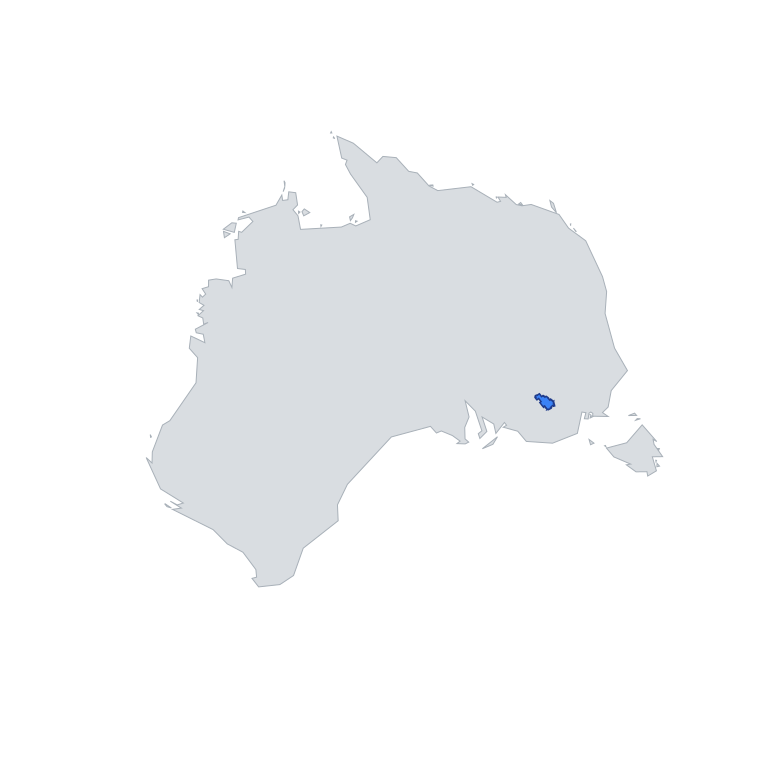 location of Buloke, Victoria, Australia, rotated 323°
{"feature_id": "25037944B21796127243371", "entity_name": "Buloke", "entity_type": "district", "adm_level": 2, "iso_a3": "AUS", "parent_name": "Australia", "parent_adm1": "Victoria", "projection": "mercator", "projection_center": [143.17, -35.846], "detail": "fine", "context": "in_parent", "style": "filled", "palette": "blue", "viewbox_px": 768, "rotation_deg": 323, "n_neighbors": 0, "source": "geoboundaries", "source_scale": "gbopen_adm2", "svg_char_len": 5955}
<svg xmlns="http://www.w3.org/2000/svg" viewBox="0 0 768 768"><g transform="rotate(323 384 384)"><path d="M504.4,173.2L511.4,203.1L520.1,201.6L530.0,210.6L531.7,229.0L537.6,235.5L539.1,252.8L543.3,261.9L572.2,278.8L583.7,306.9L587.0,308.3L587.6,303.3L593.9,308.5L594.9,305.9L597.6,320.3L601.4,324.7L609.6,329.2L625.8,353.9L625.2,370.6L631.3,391.0L623.1,429.8L617.4,444.2L603.0,460.7L589.7,494.1L586.5,519.8L561.5,526.0L549.1,537.3L541.3,538.3L543.5,544.9L531.3,535.3L533.1,533.1L532.3,530.8L530.1,530.7L526.0,534.8L523.1,532.3L528.0,528.4L525.2,525.5L508.7,539.8L483.0,532.7L463.1,515.5L462.4,502.2L453.2,490.3L457.1,490.7L457.0,487.2L443.6,490.8L447.6,482.0L442.5,469.4L437.6,483.8L427.8,485.2L429.4,480.4L434.0,480.3L440.6,460.7L438.7,446.2L432.1,461.5L422.3,467.3L415.7,476.6L416.7,481.4L412.8,480.7L406.4,475.5L410.4,475.4L407.6,466.3L401.5,456.0L396.4,454.7L395.6,445.8L358.0,430.7L294.4,442.1L274.1,452.5L265.1,465.6L220.7,466.5L196.5,482.5L180.1,481.5L161.8,470.6L161.6,459.8L166.0,461.6L170.0,455.1L170.1,433.5L162.6,417.4L159.9,397.5L139.6,356.8L147.5,361.2L142.8,349.0L146.1,356.1L152.1,358.3L142.4,333.3L149.8,299.6L151.2,307.5L158.1,298.8L182.4,283.5L190.9,284.4L234.6,269.9L251.0,250.8L250.0,238.3L258.6,229.4L265.8,243.2L269.6,235.5L264.9,230.1L266.3,226.7L280.5,229.0L276.0,227.7L279.0,222.2L276.5,217.5L284.0,216.8L281.3,213.3L287.6,212.8L285.4,207.7L290.9,201.9L291.3,205.4L295.7,204.9L296.1,198.4L302.4,200.7L306.4,195.5L313.2,199.1L322.2,208.1L320.6,215.4L326.8,208.4L339.6,213.0L342.2,209.1L336.5,203.6L351.7,179.1L354.6,180.7L359.8,174.6L361.6,177.2L377.1,175.3L376.6,169.4L366.2,165.1L367.9,163.6L405.3,176.2L416.1,171.6L413.5,176.4L418.1,179.0L423.6,173.2L428.6,178.1L422.7,189.0L416.2,190.0L416.5,197.9L410.4,210.3L444.4,233.0L453.7,235.3L456.6,240.8L471.9,244.5L482.9,224.8L483.6,196.2L485.3,185.5L489.2,183.0L486.2,178.1L495.6,157.7L504.4,173.2ZM523.1,569.1L542.5,577.0L565.6,572.0L567.2,594.1L565.6,590.1L563.3,594.8L562.8,609.7L554.5,603.6L549.3,617.3L539.2,616.2L541.2,612.3L532.4,605.8L528.9,594.4L532.8,596.4L523.7,580.6L523.1,569.1ZM348.8,163.7L359.5,163.7L362.8,166.7L355.7,172.8L348.8,163.7ZM423.6,494.9L442.9,494.4L434.7,497.7L423.6,494.9ZM425.7,196.2L427.9,202.4L421.1,201.4L422.2,197.0L425.7,196.2ZM624.8,351.0L624.3,343.5L626.9,337.3L628.1,341.7L624.8,351.0ZM560.2,556.3L566.6,558.1L566.8,561.1L560.2,556.3ZM347.7,165.5L351.5,171.5L344.6,171.1L347.7,165.5ZM516.1,557.6L512.4,556.8L514.4,551.7L516.1,557.6ZM462.0,230.4L458.8,232.3L455.5,233.3L457.1,229.8L462.0,230.4ZM139.6,355.1L136.9,351.4L136.7,348.1L137.1,347.9L139.6,355.1ZM565.4,564.0L567.9,566.1L563.1,564.4L565.4,564.0ZM599.9,321.3L602.4,321.3L602.4,324.6L599.9,321.3ZM539.9,252.5L542.8,254.4L542.3,255.5L539.9,252.5ZM554.3,611.7L554.6,615.4L552.1,614.3L554.3,611.7ZM629.1,373.5L629.3,377.7L629.0,377.6L629.1,373.5ZM376.1,163.4L374.3,161.8L375.4,160.9L376.1,163.4ZM426.1,163.7L423.5,166.8L426.5,161.5L426.1,163.7ZM629.5,368.5L628.3,369.9L629.1,368.4L629.5,368.5ZM430.0,219.6L428.5,220.2L429.3,218.8L430.0,219.6ZM420.4,196.1L418.5,196.4L419.7,194.5L420.4,196.1ZM166.9,283.7L166.4,286.3L165.5,286.1L166.9,283.7ZM492.4,156.3L492.4,158.4L491.6,156.9L492.4,156.3ZM530.1,532.0L530.6,533.6L529.9,533.1L530.1,532.0ZM422.8,167.6L419.2,169.7L422.9,167.1L422.8,167.6ZM285.7,204.7L284.4,206.1L285.2,204.4L285.7,204.7ZM555.7,609.0L554.4,609.8L555.1,608.4L555.7,609.0ZM460.5,237.8L458.5,237.7L459.5,236.5L460.5,237.8ZM278.5,215.8L277.5,216.6L277.4,214.6L278.5,215.8ZM565.1,601.3L563.4,602.3L563.9,600.3L565.1,601.3ZM493.7,150.7L493.4,152.1L492.4,151.4L493.7,150.7ZM529.2,534.1L530.8,535.7L528.1,535.2L529.2,534.1ZM575.7,278.6L574.4,278.7L574.9,277.0L575.7,278.6ZM586.4,303.1L585.7,303.1L586.3,301.7L586.4,303.1ZM523.9,566.4L523.5,567.7L523.0,566.1L523.9,566.4Z" fill="#d9dde1" stroke="#a8b0b8" stroke-width="1"/><path d="M496.5,486.1L496.5,487.4L496.6,488.7L498.8,488.7L498.8,489.5L498.8,490.0L498.8,490.7L498.8,491.8L498.8,492.6L497.3,492.6L497.3,494.6L497.3,494.8L497.3,495.6L497.3,496.5L497.4,498.4L497.7,498.4L497.7,498.5L498.3,498.0L498.6,498.1L498.9,498.1L498.9,498.4L498.9,498.8L499.1,498.8L499.1,499.0L499.0,499.3L498.9,499.3L498.9,499.7L498.9,500.0L498.8,500.5L499.1,500.6L499.0,500.8L498.9,500.8L498.9,501.0L498.9,502.2L499.0,502.2L499.1,502.5L498.9,502.6L499.3,502.7L499.7,502.7L499.7,503.2L500.0,503.2L500.0,503.5L502.4,503.9L502.4,503.7L502.8,503.8L502.8,503.6L502.7,503.3L503.0,503.3L503.8,503.4L503.9,502.8L504.0,502.8L505.1,502.7L505.3,502.7L505.7,502.7L505.7,502.8L505.8,502.8L505.7,502.8L505.8,502.9L505.7,502.9L505.7,503.0L505.8,503.1L505.7,503.1L505.8,503.1L505.9,503.3L506.0,503.5L506.0,503.8L506.4,504.0L506.5,504.0L506.9,504.0L507.1,504.1L507.2,503.6L507.4,503.7L507.5,503.6L507.6,503.4L507.6,503.2L507.6,502.9L507.6,502.5L507.5,502.1L507.9,502.2L508.0,502.2L508.1,501.9L508.1,501.7L508.1,501.1L508.4,501.0L508.4,500.6L508.6,500.6L508.6,500.3L508.8,500.2L509.0,500.0L509.1,499.9L508.8,499.9L508.9,499.7L508.7,499.6L508.7,499.2L508.4,499.2L508.4,498.9L508.3,498.7L508.4,498.1L508.1,498.1L508.0,496.3L507.4,496.3L507.5,496.4L507.4,496.4L507.4,496.5L507.2,496.7L507.2,496.8L506.8,496.8L506.8,496.7L506.6,496.5L506.6,495.6L506.8,494.8L506.9,494.3L506.9,494.2L506.5,494.2L506.5,493.9L506.5,493.7L506.5,493.4L506.6,493.2L506.7,492.9L506.6,492.7L506.4,492.6L506.4,492.4L506.3,492.2L506.3,491.9L506.2,491.8L506.2,491.7L506.1,491.4L505.7,491.3L504.6,491.4L504.6,491.2L504.5,490.9L504.5,490.7L504.5,490.4L504.6,490.2L504.6,489.9L504.4,489.8L504.4,489.7L504.2,489.8L504.0,489.7L504.0,489.8L503.9,489.8L503.8,489.7L503.7,489.4L503.7,489.2L503.8,489.1L503.8,488.9L503.2,488.9L502.9,488.9L502.2,488.9L502.2,487.2L502.3,487.2L502.3,486.3L502.3,486.2L502.2,485.3L500.4,485.2L500.1,485.1L499.9,485.1L499.7,485.3L499.1,484.6L498.4,484.5L498.0,484.5L497.9,484.5L497.6,484.5L497.4,484.7L497.5,484.7L497.4,484.9L497.5,485.0L497.4,485.2L497.5,485.3L497.5,485.9L497.5,486.0L497.2,486.2L496.9,486.2L496.5,486.1Z" fill="#3b82f6" stroke="#1e3a8a" stroke-width="1.5"/></g></svg>